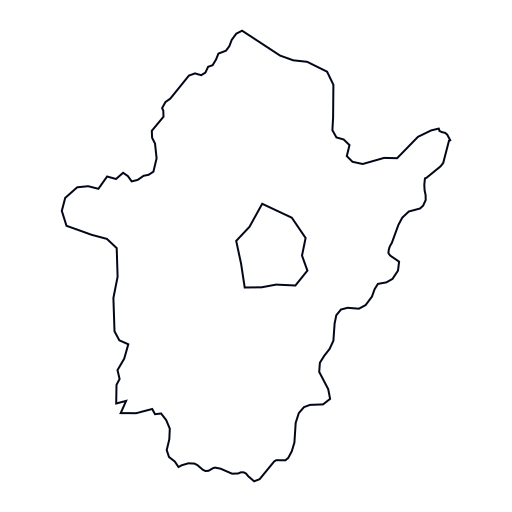 the border of Békés
{"feature_id": "HUN-3171", "entity_name": "Békés", "entity_type": "County", "adm_level": 1, "iso_a3": "HUN", "parent_name": "Hungary", "parent_adm1": "", "projection": "mercator", "projection_center": [21.079, 46.734], "detail": "fine", "context": "isolated", "style": "outline", "palette": "ink", "viewbox_px": 512, "rotation_deg": 0, "n_neighbors": 0, "source": "natural_earth", "source_scale": "10m", "svg_char_len": 2214}
<svg xmlns="http://www.w3.org/2000/svg" viewBox="0 0 512 512"><path d="M374.0,290.9L371.9,296.7L365.6,305.1L358.9,308.7L347.6,307.8L341.0,309.5L336.3,315.2L334.6,323.6L333.4,340.7L329.6,348.9L324.3,355.7L319.9,362.7L319.2,371.9L328.2,389.1L330.1,398.9L323.0,404.4L310.0,404.9L304.0,407.1L298.8,413.1L295.7,422.8L294.4,442.6L291.8,451.2L288.2,458.0L285.3,460.3L276.3,460.2L274.3,461.3L259.6,479.2L254.1,481.3L248.1,476.1L246.0,473.5L243.6,472.3L240.9,472.3L238.1,473.5L232.1,473.7L220.6,468.7L215.1,467.6L213.0,468.2L208.5,470.8L205.4,471.0L202.9,469.8L197.4,465.1L194.5,463.6L188.4,463.3L181.9,465.2L178.5,467.0L178.4,466.9L174.8,461.5L169.0,457.0L166.7,450.1L169.3,439.3L169.8,428.7L166.2,420.1L161.1,413.5L155.0,414.2L152.2,409.0L136.1,413.2L120.7,413.1L126.1,400.9L116.2,403.5L116.5,384.8L119.6,379.0L117.5,370.1L124.2,358.7L128.3,344.3L119.3,340.3L114.5,331.3L113.4,298.0L117.6,276.7L116.7,248.1L106.9,238.9L91.6,234.8L66.5,225.8L61.8,210.9L65.2,197.9L77.2,187.3L88.1,186.2L98.4,188.8L107.1,176.5L116.0,179.0L123.1,172.8L127.8,176.0L131.7,181.4L137.7,179.9L143.6,175.8L148.6,174.8L153.4,171.7L156.6,158.3L155.0,143.5L152.1,137.8L151.8,130.8L163.5,116.7L163.3,110.7L162.1,108.1L165.4,102.1L170.3,98.6L188.9,75.6L195.0,73.4L201.2,75.2L205.4,72.6L208.1,66.8L212.6,65.2L216.0,59.6L218.4,53.6L226.0,50.7L229.4,46.1L231.7,39.9L236.2,33.7L242.1,30.7L280.1,55.6L293.2,60.3L307.1,61.8L327.1,71.7L333.4,84.8L333.1,117.4L332.4,130.2L336.4,137.4L343.7,139.5L349.5,145.1L346.8,156.1L352.5,161.8L362.7,164.0L384.1,157.9L397.1,158.2L418.0,136.8L431.2,130.4L438.6,128.6L438.8,128.6L439.5,131.0L442.1,132.2L445.1,132.8L447.2,134.6L450.0,139.8L450.2,140.3L449.0,140.7L443.2,163.0L440.6,166.3L426.5,177.8L425.1,178.3L424.8,179.6L424.3,184.9L424.6,190.3L425.6,195.1L425.7,200.0L423.1,205.7L420.0,208.5L408.8,211.5L402.3,217.6L398.4,224.9L391.8,243.0L390.5,245.1L389.4,247.5L388.7,250.2L388.4,252.9L389.1,254.1L389.9,255.2L390.8,256.0L399.1,261.7L398.0,270.6L392.5,278.9L386.3,282.4L377.9,283.9L374.6,289.2L374.0,290.9ZM295.4,285.5L307.4,270.6L302.0,255.6L305.6,238.0L291.8,217.7L262.2,203.8L249.5,226.8L236.2,240.9L241.1,263.8L244.7,287.5L261.6,287.3L276.1,284.6L295.4,285.5Z" fill="none" stroke="#020617" stroke-width="2"/></svg>